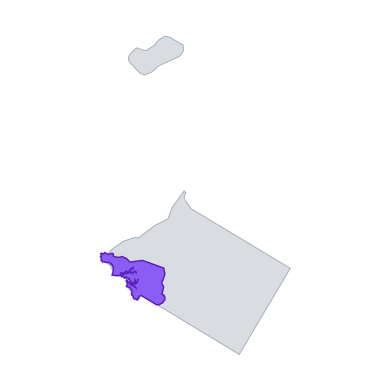 location of Cogo, Litoral, Equatorial Guinea, rotated 31°
{"feature_id": "11065452B22787327477805", "entity_name": "Cogo", "entity_type": "district", "adm_level": 2, "iso_a3": "GNQ", "parent_name": "Equatorial Guinea", "parent_adm1": "Litoral", "projection": "orthographic", "projection_center": [9.73, 1.167], "detail": "fine", "context": "in_parent", "style": "filled", "palette": "violet", "viewbox_px": 384, "rotation_deg": 31, "n_neighbors": 0, "source": "geoboundaries", "source_scale": "gbopen_adm2", "svg_char_len": 6806}
<svg xmlns="http://www.w3.org/2000/svg" viewBox="0 0 384 384"><g transform="rotate(31 192 192)"><path d="M315.5,206.8L315.7,226.7L315.8,243.4L315.9,261.6L316.0,280.5L316.1,296.5L316.2,306.9L298.6,306.8L275.4,306.8L252.1,306.7L228.8,306.6L217.1,306.6L204.2,306.5L200.1,307.1L197.2,309.7L193.8,310.3L189.8,308.1L185.0,307.0L183.7,304.7L181.3,300.5L176.5,300.0L174.1,300.5L170.6,302.9L166.7,304.2L167.5,302.2L159.8,297.1L154.3,296.6L149.2,295.0L153.3,281.5L158.5,269.6L166.2,260.6L170.3,258.4L171.6,254.0L177.7,239.3L185.3,227.4L182.9,215.4L184.7,195.1L186.9,195.7L187.2,197.6L187.8,200.4L190.7,202.9L200.1,206.8L228.1,206.8L244.8,206.8L269.5,206.8L295.7,206.8L315.5,206.8ZM93.6,70.6L95.8,70.9L108.6,70.6L112.0,75.1L111.6,81.8L98.4,101.2L96.0,109.4L90.9,116.4L86.5,116.9L71.3,112.9L68.7,110.4L67.8,107.1L69.3,99.3L70.4,96.9L77.7,95.5L80.1,94.2L84.0,85.9L85.3,78.3L88.5,72.5L93.6,70.6Z" fill="#d9dde1" stroke="#a8b0b8" stroke-width="1"/><path d="M207.0,271.8L184.9,276.1L174.9,284.0L170.3,282.8L169.2,282.8L168.5,282.9L168.0,283.2L167.5,283.3L166.8,283.1L165.6,283.2L165.0,283.6L164.1,284.8L163.1,285.5L162.1,286.0L161.3,286.5L159.7,287.2L157.9,287.4L157.6,287.3L157.2,287.3L157.0,287.2L156.9,287.0L156.8,286.4L156.9,286.0L156.5,285.7L156.1,285.6L155.8,285.6L155.2,285.7L154.6,286.0L154.1,286.5L153.7,287.0L153.1,288.1L152.7,288.4L152.1,288.5L151.8,288.7L151.0,288.9L149.9,288.8L149.5,289.0L149.0,288.9L148.6,288.7L148.2,289.7L148.0,290.0L148.1,290.4L148.0,290.7L147.7,291.0L147.4,291.1L147.0,290.9L146.3,291.4L145.8,291.3L145.6,291.4L145.5,291.9L145.6,292.0L146.2,292.3L146.8,292.8L147.1,293.4L147.0,293.9L147.2,294.1L146.8,294.2L146.8,294.3L146.9,294.7L147.0,294.8L147.6,294.7L147.7,294.9L148.0,294.9L148.3,295.2L148.9,296.4L149.2,297.4L149.4,297.5L150.2,297.3L150.8,297.6L151.2,298.1L151.4,298.1L151.5,297.6L151.8,297.5L152.1,297.1L152.9,296.9L153.4,297.0L153.7,297.0L154.1,296.7L154.6,296.7L155.2,296.1L156.0,296.0L156.2,295.8L156.4,295.8L156.7,295.4L156.9,295.3L157.2,295.1L158.5,295.2L159.1,295.5L159.3,295.3L159.5,295.4L159.7,295.2L159.9,295.2L160.2,295.3L160.5,295.6L160.8,295.5L161.1,295.9L161.3,295.9L161.5,295.8L161.8,295.7L162.7,296.5L163.1,297.0L163.4,297.1L163.5,297.4L163.3,297.4L164.2,298.5L165.3,300.7L165.8,302.3L166.0,303.8L166.2,304.0L166.6,304.5L167.0,304.1L167.5,303.8L167.6,303.7L167.9,303.5L168.6,303.3L168.9,303.3L169.4,302.7L170.6,302.5L171.2,302.2L171.3,302.0L171.4,301.7L171.6,301.6L171.9,301.4L172.3,301.1L172.8,301.1L173.9,300.1L173.7,299.7L173.2,299.4L173.4,298.7L173.3,298.3L172.8,298.2L172.8,297.9L173.0,297.7L173.1,297.8L172.8,298.0L173.3,298.2L173.5,298.5L173.5,298.9L173.3,299.4L173.8,299.5L174.0,299.4L174.2,299.2L174.5,298.1L174.4,297.3L174.5,296.9L175.7,295.7L176.2,295.4L176.9,295.4L177.4,295.1L177.8,294.6L177.9,294.3L177.3,294.3L177.0,294.1L177.5,294.6L177.4,294.7L177.3,294.9L177.0,294.8L176.9,294.5L176.3,294.6L176.0,294.5L176.0,294.2L176.3,293.8L175.9,294.0L175.7,294.0L176.3,293.8L176.3,294.1L176.0,294.3L176.1,294.5L176.4,294.6L177.0,294.4L177.1,294.8L177.3,294.8L177.4,294.7L176.9,294.2L177.0,293.8L176.6,293.3L176.5,292.9L176.8,293.4L177.1,293.6L177.2,294.0L177.4,294.1L177.9,294.1L179.8,292.8L179.6,292.5L179.1,292.2L178.8,291.8L178.8,291.0L178.9,290.4L179.6,289.1L179.5,288.9L179.0,288.6L178.8,288.4L179.3,288.6L179.7,289.0L179.9,288.8L180.0,288.4L180.5,287.8L180.4,287.6L180.5,287.2L180.4,286.8L180.5,286.7L180.5,286.2L180.7,286.7L180.6,287.1L180.7,287.3L180.6,287.8L180.8,288.6L180.1,288.8L179.8,289.4L179.5,289.7L179.5,290.1L179.1,290.8L179.0,291.1L179.1,291.6L179.2,292.0L179.6,292.1L180.0,292.1L180.6,292.2L180.7,292.7L181.3,292.6L181.7,292.2L182.5,291.2L183.5,290.6L183.5,290.0L183.5,289.5L183.9,289.1L184.4,289.1L185.0,289.3L185.4,289.5L185.5,289.8L185.1,289.5L184.2,289.3L183.9,289.3L183.6,289.7L183.7,290.4L183.4,290.9L182.9,291.1L182.7,291.3L182.8,291.8L182.6,291.6L182.4,291.6L182.0,292.3L181.7,292.7L181.3,292.9L180.2,293.0L179.8,293.3L178.4,295.1L177.3,295.9L176.8,296.0L175.9,296.5L175.6,297.2L175.6,297.3L175.8,297.6L175.6,297.7L175.7,298.1L175.5,299.4L175.6,300.0L175.8,300.2L176.7,300.0L177.3,300.0L177.7,299.8L178.7,299.0L179.7,298.8L180.4,299.0L180.7,299.2L181.3,298.9L181.6,298.9L182.8,299.4L182.7,298.7L183.2,299.0L183.3,299.0L183.4,299.4L183.7,299.6L184.1,299.7L184.4,299.9L185.3,300.1L186.1,300.5L186.3,300.7L187.7,300.5L188.9,300.0L189.1,299.5L189.6,299.2L189.6,298.9L189.0,298.7L188.9,298.5L188.9,298.2L189.3,297.9L189.3,297.7L188.3,297.0L187.9,296.6L187.9,296.4L188.4,296.9L189.0,297.2L189.4,297.5L189.4,297.8L189.0,298.2L189.0,298.5L189.6,298.7L189.8,298.8L189.9,299.0L190.0,299.4L190.7,299.2L191.2,298.7L191.3,298.4L191.3,297.9L191.0,296.5L191.2,296.2L191.3,296.0L190.7,295.4L190.8,294.8L190.7,294.6L190.7,294.2L190.9,294.7L190.9,295.3L191.3,296.0L191.3,296.4L191.2,296.6L191.2,296.9L191.6,297.6L191.5,298.0L191.4,298.4L191.3,298.9L191.0,299.5L190.7,300.1L189.9,300.6L189.0,300.5L188.5,300.6L187.4,301.3L186.6,301.4L186.4,301.5L187.2,302.5L187.4,302.6L187.9,302.5L189.1,301.7L189.3,301.9L189.5,302.1L189.4,302.5L189.5,302.7L189.8,302.6L190.3,302.4L191.4,302.4L191.9,302.5L192.2,302.7L192.6,302.7L193.0,302.8L193.3,303.1L192.9,303.0L192.5,303.1L191.9,303.0L191.5,302.6L191.2,302.4L190.5,302.5L190.0,302.7L189.4,302.8L189.1,302.4L189.1,302.0L188.9,301.9L188.7,302.0L188.4,302.4L188.2,302.8L187.5,303.3L187.4,303.5L187.4,303.2L186.8,303.1L186.9,302.8L186.8,302.4L186.2,302.0L185.6,301.7L184.8,301.8L183.7,301.7L183.4,301.9L183.3,302.2L183.6,303.0L184.1,303.7L184.4,304.5L184.3,305.6L184.3,306.6L184.9,306.6L185.8,306.3L186.6,306.3L187.3,306.0L188.0,306.0L188.6,306.1L189.4,306.9L190.9,307.2L192.0,308.4L192.2,308.9L192.3,310.2L192.5,310.5L193.4,311.2L195.1,311.7L195.4,312.0L195.9,312.6L196.4,313.0L197.3,313.4L197.7,313.4L198.0,312.9L198.6,312.9L199.3,312.7L199.8,312.9L200.6,312.7L201.0,312.4L200.9,312.1L200.4,311.9L200.6,311.7L200.9,311.5L200.8,310.9L201.1,310.5L201.0,310.4L200.7,310.2L200.5,309.6L200.6,309.4L200.5,309.1L200.4,308.7L200.6,308.4L201.0,308.3L200.9,307.9L201.3,307.3L201.2,307.0L201.0,306.9L219.8,306.9L220.6,306.2L221.8,305.7L222.1,305.3L222.2,304.8L222.6,304.3L222.7,303.8L222.9,303.5L223.1,302.8L223.2,302.7L223.3,302.5L223.5,302.5L223.5,302.4L223.9,302.1L223.8,301.6L223.9,301.4L224.0,300.4L224.0,299.8L224.3,298.6L223.3,296.8L223.0,296.1L222.3,295.8L221.9,295.8L221.6,295.5L221.4,295.1L221.0,294.9L220.5,294.9L219.2,295.2L218.9,294.9L216.5,288.0L216.0,287.3L214.4,286.7L213.9,286.4L212.7,285.1L212.6,284.6L212.4,283.6L212.5,282.7L211.0,276.3L207.0,271.8ZM183.2,303.3L183.0,302.5L182.4,301.5L182.0,301.1L181.5,301.0L181.3,301.0L181.1,301.3L181.1,301.5L181.3,302.1L182.1,302.7L183.2,303.3ZM178.7,300.6L178.9,300.4L178.7,300.1L178.4,300.6L178.6,300.7L178.7,300.6ZM175.1,301.0L175.4,300.8L175.5,300.4L175.3,300.4L175.1,300.7L175.0,300.9L175.1,301.0Z" fill="#8b5cf6" stroke="#5b21b6" stroke-width="1.5"/></g></svg>